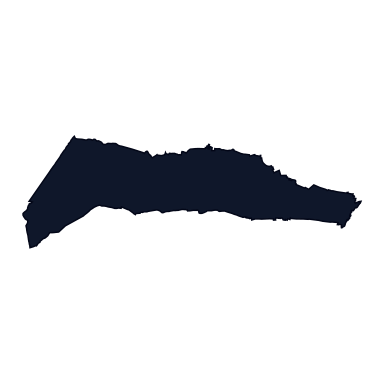 Danesti, Harghita, Romania (Mercator projection)
{"feature_id": "2599482B45137216184819", "entity_name": "Danesti", "entity_type": "district", "adm_level": 2, "iso_a3": "ROU", "parent_name": "Romania", "parent_adm1": "Harghita", "projection": "mercator", "projection_center": [25.693, 46.518], "detail": "fine", "context": "isolated", "style": "filled", "palette": "ink", "viewbox_px": 384, "rotation_deg": 0, "n_neighbors": 0, "source": "geoboundaries", "source_scale": "gbopen_adm2", "svg_char_len": 5974}
<svg xmlns="http://www.w3.org/2000/svg" viewBox="0 0 384 384"><path d="M341.4,227.6L341.7,227.6L341.9,227.8L342.7,227.1L344.5,226.1L345.1,224.7L345.3,223.5L345.6,223.0L345.7,222.5L346.0,222.2L346.1,221.8L346.4,221.4L346.5,221.0L346.8,221.0L346.9,220.9L346.7,220.6L346.7,220.0L346.9,219.7L347.2,219.5L347.7,219.7L347.9,220.1L348.1,220.1L348.3,219.7L348.9,219.1L349.0,218.7L349.4,218.5L349.2,218.1L349.6,217.9L349.7,217.0L350.3,216.3L349.8,216.2L349.7,216.1L349.7,215.5L350.0,215.1L350.6,214.9L350.1,214.4L350.4,213.5L350.8,213.1L351.2,212.3L351.7,212.0L351.8,211.6L351.7,211.5L351.3,211.4L351.2,211.2L351.3,210.8L351.6,210.5L352.3,210.4L353.4,210.6L355.4,207.5L356.1,207.8L356.6,207.7L357.3,207.1L357.5,206.8L358.3,205.5L358.8,204.7L359.3,204.2L360.0,202.9L360.3,203.0L361.0,201.3L358.9,201.6L356.9,202.5L356.5,202.5L355.9,203.1L355.8,202.9L355.0,202.9L354.8,202.6L354.7,201.9L355.1,201.2L355.0,200.9L355.1,200.6L355.5,200.5L355.4,199.9L355.8,198.5L353.7,198.1L354.0,197.2L354.4,196.3L354.1,196.0L354.0,196.3L353.1,195.8L352.7,195.8L353.0,193.9L352.0,194.0L347.8,193.3L348.0,192.4L347.0,192.5L346.8,193.2L337.0,191.8L332.8,190.8L331.9,190.9L331.0,190.7L330.4,190.4L328.2,189.8L328.0,190.3L327.1,190.5L326.8,190.4L326.3,189.7L325.4,189.3L319.7,187.5L313.8,184.9L308.7,189.3L305.2,187.5L304.6,188.1L295.9,184.5L296.1,183.6L295.4,182.8L295.7,181.3L295.5,180.5L294.8,180.1L292.0,179.6L291.8,179.6L291.6,180.6L289.4,179.9L289.9,179.4L288.8,179.1L288.8,178.8L290.0,179.1L290.3,178.8L287.0,177.8L287.2,177.1L286.6,177.1L286.1,175.4L280.7,175.5L279.2,170.4L275.8,171.9L274.6,172.6L274.0,172.8L273.4,171.5L272.4,169.8L273.6,169.4L272.8,167.1L272.4,167.3L272.2,167.2L271.8,166.7L271.5,166.1L271.2,165.8L270.6,166.1L269.3,166.4L267.4,166.1L265.7,165.3L263.2,163.0L262.3,161.4L261.9,159.7L261.6,158.0L260.6,158.2L260.7,155.4L260.4,155.4L260.3,156.3L254.8,155.4L254.8,154.7L254.2,154.7L249.8,156.2L249.4,154.8L244.7,154.2L244.1,154.3L240.8,153.5L235.5,151.3L234.4,151.1L234.1,150.4L234.0,150.0L233.9,150.0L233.6,149.9L233.1,149.3L232.8,149.3L232.4,149.7L231.4,150.1L230.5,150.4L229.8,150.5L229.3,150.3L228.8,150.5L228.5,150.5L228.2,150.7L225.5,150.4L223.5,149.8L221.5,149.8L220.5,149.1L219.3,148.7L217.4,148.8L215.3,148.7L214.8,148.6L214.7,150.6L211.7,150.6L212.1,147.6L210.4,146.7L210.0,146.5L209.2,149.2L208.3,149.0L207.7,148.7L208.9,146.1L209.4,144.6L208.7,144.4L207.8,146.4L207.1,146.0L206.2,147.8L205.4,147.6L205.2,148.8L198.4,148.6L195.5,148.7L190.2,149.2L188.1,150.8L188.1,151.0L186.0,153.3L185.6,153.0L185.5,152.6L185.3,152.4L184.2,152.2L183.6,151.8L182.0,151.6L181.7,152.3L181.6,153.5L181.2,154.9L179.1,154.7L178.2,154.9L177.0,154.1L176.0,154.0L174.7,153.4L172.7,153.4L170.7,153.6L170.4,153.4L169.4,153.3L168.3,154.7L168.0,154.6L167.1,154.0L166.4,153.9L165.9,153.5L165.5,152.6L165.2,153.7L164.5,154.8L162.2,155.5L161.1,155.6L157.2,155.1L157.0,154.7L156.2,155.4L152.6,157.6L152.3,157.7L151.2,156.7L150.8,155.7L150.6,155.4L149.4,154.6L148.7,153.7L147.5,151.5L147.0,151.2L146.0,151.6L145.0,152.5L144.2,153.5L143.3,152.7L132.3,149.2L121.5,146.2L119.7,145.9L118.2,145.3L116.2,143.8L115.3,143.5L112.3,143.4L111.5,143.6L108.1,143.4L107.3,143.6L105.8,144.5L105.2,144.4L103.4,144.5L101.9,142.9L101.5,142.3L99.0,141.0L98.2,140.8L96.8,141.0L96.2,140.5L95.1,139.4L94.7,139.3L93.5,139.4L92.8,140.0L92.4,140.2L92.2,140.0L90.8,139.5L89.3,139.3L88.1,139.3L87.1,139.8L86.1,140.1L82.0,139.3L77.2,139.0L75.4,138.6L74.3,136.3L72.5,138.2L72.3,138.7L71.2,140.0L70.2,142.1L69.2,143.0L68.4,143.9L68.4,144.7L68.2,145.1L67.3,145.9L66.2,147.3L65.6,148.6L65.3,149.5L64.4,150.2L62.7,152.5L61.7,154.1L61.4,154.3L59.9,157.1L55.5,163.3L55.1,164.2L52.9,167.0L52.1,168.2L51.2,169.4L49.5,172.0L29.1,201.3L31.1,201.5L32.4,202.0L31.4,202.9L30.7,203.4L29.3,203.8L29.1,204.7L28.5,205.3L28.0,206.7L27.7,207.7L27.5,209.5L26.7,210.1L26.0,211.0L24.7,211.9L23.3,213.2L23.0,213.7L23.1,215.3L24.0,217.0L24.7,217.9L25.2,218.8L26.2,219.6L27.8,220.4L27.6,222.9L27.1,223.9L26.0,225.8L26.7,228.9L26.7,229.9L26.9,230.7L27.1,232.1L28.1,236.0L28.1,237.0L28.3,237.6L28.4,238.9L28.9,241.8L29.1,242.3L29.4,244.3L29.8,245.6L30.0,247.7L33.3,246.7L35.6,245.7L36.4,245.9L37.3,244.7L37.4,244.3L37.9,243.8L38.1,243.4L38.5,243.0L39.8,242.4L40.1,241.8L40.1,241.4L40.3,241.0L41.7,240.0L42.4,239.2L43.4,238.6L45.2,237.9L47.7,235.8L49.6,232.7L53.2,232.6L58.7,232.0L65.4,225.8L83.4,215.9L84.4,214.9L86.9,213.0L88.9,211.3L90.4,209.7L92.5,208.4L94.2,207.2L97.2,205.8L99.7,205.1L101.8,206.0L104.3,206.0L106.2,206.3L108.2,206.9L111.9,207.5L114.8,208.4L116.7,208.4L118.5,208.0L121.1,208.3L121.4,206.9L127.6,209.5L129.0,209.9L133.7,213.4L133.7,213.6L135.4,214.6L135.9,213.5L140.1,213.2L140.4,212.5L141.7,212.2L142.5,212.4L144.0,211.8L146.9,211.8L148.3,211.3L156.1,210.0L157.4,210.0L159.6,210.7L162.1,212.7L163.4,212.6L164.9,211.9L166.5,211.5L169.3,211.4L170.1,211.1L173.6,210.5L175.9,210.5L177.1,210.3L177.9,210.4L181.6,209.5L183.3,209.4L184.1,209.6L185.4,209.5L186.5,209.9L187.4,209.9L187.6,210.9L190.1,210.8L193.2,210.3L196.7,210.3L197.0,210.0L198.1,210.4L198.7,211.2L198.8,211.6L199.0,212.9L199.9,213.3L201.1,213.4L202.3,213.2L203.9,212.6L206.3,211.5L206.6,211.1L207.0,210.9L208.0,210.7L211.7,210.7L214.2,210.2L215.6,210.1L217.4,210.2L217.9,210.4L218.5,211.0L219.5,211.4L221.7,211.1L224.6,211.0L227.5,212.0L232.1,213.4L234.3,214.3L236.5,214.9L238.8,215.9L243.0,217.3L245.5,216.9L245.6,217.5L246.7,217.3L246.7,217.9L249.2,218.2L249.5,218.6L250.0,218.5L250.3,218.3L251.4,218.2L251.7,220.0L255.3,218.9L258.9,218.9L261.5,219.1L269.8,218.7L273.4,218.9L273.5,220.1L275.6,220.0L275.5,219.1L275.7,218.1L277.4,218.0L278.4,218.3L280.2,218.1L280.2,218.4L280.6,218.4L281.8,217.9L282.7,218.7L283.2,219.9L285.3,220.2L285.5,219.5L287.2,220.2L287.8,218.7L289.9,219.5L290.3,218.0L290.8,218.4L296.1,218.9L303.4,219.0L308.2,219.3L308.9,219.1L318.6,220.3L322.7,221.2L330.2,222.1L332.1,222.0L335.7,222.3L338.1,222.6L337.4,224.6L338.6,224.7L338.8,224.3L341.5,224.8L341.5,225.9L341.3,226.4L341.4,226.6L341.4,227.6Z" fill="#0f172a" stroke="#020617" stroke-width="1.5"/></svg>